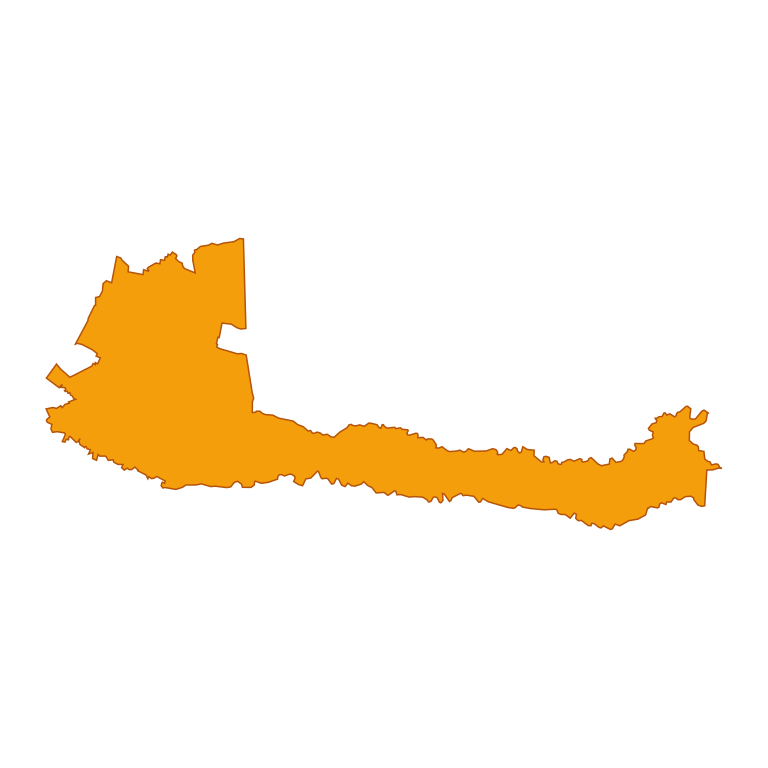 the district of Cuitláhuac, Veracruz, Mexico
{"feature_id": "50627088B21126743543200", "entity_name": "Cuitláhuac", "entity_type": "district", "adm_level": 2, "iso_a3": "MEX", "parent_name": "Mexico", "parent_adm1": "Veracruz", "projection": "mercator", "projection_center": [-96.646, 18.79], "detail": "fine", "context": "isolated", "style": "filled", "palette": "amber", "viewbox_px": 768, "rotation_deg": 0, "n_neighbors": 0, "source": "geoboundaries", "source_scale": "gbopen_adm2", "svg_char_len": 6055}
<svg xmlns="http://www.w3.org/2000/svg" viewBox="0 0 768 768"><path d="M116.7,256.5L111.6,282.8L106.4,280.7L103.1,283.6L102.4,291.0L99.5,296.6L95.6,297.5L95.6,305.3L94.5,305.5L88.3,318.1L87.9,320.7L75.4,344.1L77.4,343.4L81.9,344.4L92.4,349.8L97.3,353.7L96.1,356.1L100.3,357.8L97.7,363.8L95.3,362.6L95.2,364.6L93.1,363.5L91.7,366.2L69.9,377.3L60.7,369.2L56.5,364.1L46.4,378.1L59.2,387.7L61.4,385.0L62.0,385.2L60.6,387.3L65.1,387.7L65.8,389.3L65.4,390.3L64.5,390.4L65.1,391.4L67.3,391.4L68.0,393.3L70.0,392.8L70.4,394.9L72.5,396.2L73.5,398.3L75.6,399.2L68.5,402.0L69.3,403.2L65.1,404.3L62.1,407.7L60.8,405.7L56.5,408.4L53.0,407.5L46.1,408.9L49.8,417.0L46.8,419.4L46.4,420.7L47.5,422.4L51.9,424.4L50.9,428.8L52.5,432.3L57.3,431.7L64.5,432.9L65.4,434.4L62.3,441.6L64.9,442.1L66.2,439.3L68.5,439.8L69.0,436.8L70.1,436.4L76.2,442.4L78.1,441.5L80.1,438.5L78.9,441.3L80.0,444.5L84.5,447.6L84.9,446.7L86.1,446.7L87.0,448.7L90.4,449.8L88.5,454.1L93.0,452.5L92.6,458.5L96.5,460.3L98.1,454.6L99.7,456.1L105.0,456.1L106.0,456.5L108.3,460.4L113.1,459.8L113.8,462.2L118.0,464.4L123.0,464.5L121.6,467.7L124.3,470.1L127.3,468.1L129.1,469.6L131.6,469.6L134.9,467.1L138.1,470.1L137.7,470.7L146.0,475.0L147.9,478.8L148.8,476.8L151.6,478.6L153.8,478.3L156.8,476.5L165.2,481.0L164.6,483.2L162.3,482.2L161.7,483.4L161.2,485.9L162.9,488.0L164.7,487.5L175.9,489.4L182.5,487.3L185.9,485.0L195.7,485.0L201.5,483.9L210.7,486.6L215.3,486.2L226.8,487.6L230.7,486.9L234.3,482.4L237.6,481.3L241.6,484.2L242.4,487.3L251.0,487.4L254.2,485.1L254.7,481.5L255.4,481.2L261.3,483.3L268.4,482.3L277.6,479.1L277.7,476.8L279.2,474.8L281.7,474.6L284.4,476.0L289.0,474.3L291.4,474.2L294.7,476.3L295.0,478.6L293.6,481.5L298.5,484.5L302.6,485.7L305.8,478.9L310.8,478.0L317.3,471.3L318.4,471.4L321.0,477.7L322.2,478.8L326.2,478.2L328.0,478.9L331.6,484.1L333.9,483.5L336.5,478.4L338.6,479.2L341.7,485.2L345.1,486.6L347.8,483.2L351.6,485.8L355.0,486.1L361.5,484.0L363.7,481.7L367.9,485.6L372.0,487.6L376.2,493.0L384.0,492.4L387.6,495.2L388.6,495.0L394.7,490.7L395.8,491.3L396.9,494.8L400.9,494.6L409.2,497.1L414.8,496.6L422.8,497.2L426.8,499.7L428.8,502.1L430.9,501.3L433.4,497.2L435.6,496.9L437.3,497.9L439.4,502.2L440.4,502.7L441.2,502.6L443.0,500.3L442.5,493.5L444.2,494.0L449.5,501.5L451.1,500.3L452.1,497.7L460.2,493.5L461.6,493.6L463.0,495.6L466.6,495.2L473.9,496.3L478.8,502.3L480.5,501.9L482.7,498.4L488.3,501.8L508.0,507.5L513.3,508.3L515.1,507.7L518.1,505.0L520.7,505.6L522.5,507.1L530.9,508.6L544.3,509.8L555.6,509.2L557.0,510.1L558.2,513.3L560.8,514.4L565.4,514.6L570.2,518.2L574.1,513.3L575.1,513.5L576.4,514.4L575.7,518.2L577.0,519.7L578.4,520.7L581.3,520.4L588.3,525.6L591.0,525.7L591.6,523.4L594.1,523.6L599.1,527.4L601.1,527.9L603.4,525.9L610.5,529.5L612.3,528.8L615.1,524.1L619.9,525.8L628.8,520.7L638.0,519.1L645.6,514.9L647.6,508.2L648.7,508.2L650.3,506.5L657.5,507.9L658.9,507.2L659.7,504.0L661.3,502.8L666.0,504.5L666.8,501.9L670.8,502.1L674.0,497.9L675.7,497.9L677.8,499.7L680.8,499.6L685.1,496.7L690.6,496.2L693.6,497.8L693.9,499.8L697.9,505.0L701.7,506.4L704.7,505.8L706.8,470.0L712.6,469.9L718.7,468.1L721.9,468.4L719.7,467.3L718.1,464.4L716.0,463.9L711.5,464.9L709.9,461.8L707.9,461.4L704.8,459.0L703.9,451.4L698.7,450.6L698.3,446.8L696.8,445.1L693.2,444.0L689.3,440.5L689.5,431.7L693.3,427.4L703.8,423.3L706.1,420.9L707.3,413.7L708.3,413.0L704.0,410.1L701.6,411.4L695.7,418.7L693.1,419.3L690.2,418.6L689.7,417.1L690.8,408.8L687.4,406.2L685.9,406.5L679.8,411.9L677.7,412.3L676.6,413.6L676.2,415.6L674.6,416.8L669.8,413.8L666.7,415.1L665.2,412.9L663.9,413.0L662.2,416.5L658.9,416.7L657.3,418.1L655.2,418.3L656.8,420.7L656.2,422.7L652.1,423.9L648.4,428.4L649.3,430.2L653.2,432.0L652.4,435.5L653.5,437.7L652.2,438.8L645.8,440.9L644.3,443.1L642.9,443.6L635.0,443.5L634.9,445.5L636.2,447.7L635.8,449.8L633.8,451.4L629.7,449.2L628.0,449.2L627.4,451.5L624.0,455.1L624.2,457.1L622.6,460.3L621.0,461.4L616.0,462.4L612.1,458.1L609.9,458.9L609.3,464.1L601.4,465.7L598.0,464.0L591.2,457.6L589.0,458.6L587.7,461.0L583.4,462.0L581.8,461.5L581.9,459.6L580.0,458.6L574.0,461.2L570.2,459.4L567.4,459.9L563.9,462.0L561.7,462.4L561.4,464.2L559.8,464.5L557.8,463.5L557.1,461.4L554.8,460.7L552.6,462.4L550.4,462.9L549.1,457.3L545.7,456.3L543.8,456.9L542.9,459.8L543.9,461.8L541.5,462.0L533.9,455.7L534.2,450.2L527.4,449.5L522.8,446.8L521.3,452.0L519.6,453.0L517.5,451.0L517.0,448.7L515.3,447.5L513.9,447.6L510.8,450.5L506.9,448.6L502.0,454.3L498.2,454.7L497.1,454.1L497.7,453.2L497.3,451.3L495.9,449.6L492.6,448.7L486.1,451.0L474.4,451.2L468.4,448.7L466.0,451.2L463.6,452.2L459.7,450.1L457.1,451.0L449.5,451.6L446.8,450.4L442.0,446.7L438.9,448.1L435.8,447.8L436.4,445.0L433.2,440.0L431.7,439.0L427.7,438.9L426.3,440.0L423.0,437.4L417.8,437.7L418.0,434.9L417.4,433.5L415.9,433.2L409.4,435.2L407.7,435.0L406.9,433.1L408.2,430.7L407.7,429.8L402.3,429.3L400.4,427.8L395.8,428.6L394.7,427.3L387.1,428.1L384.3,426.4L383.5,424.7L382.2,424.7L380.7,428.3L378.9,427.4L377.0,424.7L370.8,423.2L368.8,423.1L364.2,426.3L359.8,424.9L356.1,425.8L353.1,425.6L351.2,424.4L349.0,424.9L347.2,427.6L339.8,432.1L334.1,437.3L330.9,436.8L327.3,434.3L322.5,435.0L320.7,433.2L317.1,432.1L314.3,433.3L312.4,433.1L310.5,430.5L308.0,431.0L303.4,426.8L297.7,424.6L293.2,421.1L278.6,418.1L272.7,415.1L265.3,414.6L262.2,413.3L259.9,411.2L256.3,411.2L255.6,412.3L252.3,412.5L252.4,401.8L253.7,398.3L252.2,392.6L246.2,355.1L241.7,353.5L237.3,353.8L219.5,348.6L216.7,347.0L217.5,344.4L216.4,343.7L217.9,337.3L219.2,337.6L222.0,323.1L231.2,324.1L236.7,327.6L240.5,329.0L245.9,328.5L243.4,238.9L239.7,238.5L233.8,241.7L223.4,243.1L217.5,245.0L211.8,243.3L208.9,245.1L200.3,246.5L196.8,249.5L194.5,250.1L194.7,252.7L192.8,255.0L192.7,259.9L195.2,272.9L184.5,268.6L182.6,265.8L182.3,263.3L178.5,261.4L175.6,258.5L176.9,256.0L176.3,254.6L172.3,252.1L170.2,255.1L168.1,254.2L167.3,257.0L165.3,256.7L164.5,260.3L160.5,259.7L159.9,263.8L155.9,263.0L148.2,267.4L147.3,268.6L148.7,270.6L148.2,271.1L143.6,269.7L143.0,274.6L128.1,271.8L128.6,266.3L121.7,259.8L120.8,258.0L116.7,256.5Z" fill="#f59e0b" stroke="#b45309" stroke-width="1.5"/></svg>